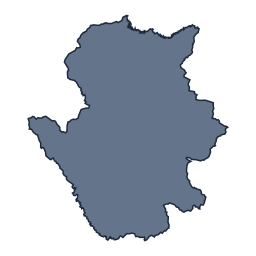 La Convencion, Cusco, Peru
{"feature_id": "86281439B48996208982152", "entity_name": "La Convencion", "entity_type": "district", "adm_level": 2, "iso_a3": "PER", "parent_name": "Peru", "parent_adm1": "Cusco", "projection": "mercator", "projection_center": [-72.836, -12.335], "detail": "fine", "context": "isolated", "style": "filled", "palette": "slate", "viewbox_px": 256, "rotation_deg": 0, "n_neighbors": 0, "source": "geoboundaries", "source_scale": "gbopen_adm2", "svg_char_len": 5743}
<svg xmlns="http://www.w3.org/2000/svg" viewBox="0 0 256 256"><path d="M146.7,239.8L149.3,236.4L151.7,235.3L154.4,237.0L155.2,235.5L158.5,234.5L160.7,232.3L162.2,233.2L164.2,230.9L165.7,231.0L167.7,228.5L168.8,228.1L169.1,225.2L168.0,222.1L168.3,216.6L167.1,215.9L166.4,213.7L166.9,212.2L165.6,211.9L165.6,209.2L163.5,205.3L166.5,203.9L168.2,204.1L169.5,202.9L174.8,204.8L176.4,207.0L178.4,207.4L179.6,209.8L181.4,210.3L182.2,211.5L184.0,212.1L186.5,210.7L188.9,210.4L190.3,211.1L190.9,210.8L192.9,208.2L192.5,206.4L194.1,205.2L194.9,205.4L195.3,206.9L197.7,207.0L198.3,208.5L199.8,209.0L199.7,207.3L200.6,204.6L203.2,205.1L204.7,201.8L204.3,200.8L205.1,200.1L205.8,197.0L204.7,196.3L204.6,195.2L201.5,194.1L201.1,191.3L200.2,189.9L196.2,188.8L195.9,188.2L195.0,188.4L194.3,187.5L193.5,188.0L191.8,186.9L189.3,182.4L189.7,181.0L187.6,179.0L186.9,176.9L187.6,173.3L186.7,172.6L186.5,171.2L186.8,166.3L187.8,163.1L190.9,161.3L187.8,159.8L186.2,158.2L186.6,157.5L189.5,157.7L191.6,159.4L196.1,159.7L200.4,160.9L202.5,160.0L204.2,160.1L204.9,159.2L207.6,157.8L209.1,156.2L210.5,152.2L210.2,149.2L213.5,146.0L214.6,146.2L215.5,145.6L214.7,144.2L216.1,141.3L216.5,138.1L217.5,137.7L217.8,136.6L220.7,135.8L221.5,134.7L224.7,134.2L226.0,132.0L225.3,130.2L225.6,129.0L226.2,128.1L227.7,127.4L226.9,126.5L224.6,126.1L219.6,123.0L219.2,120.9L218.2,119.7L216.9,120.0L215.0,118.6L213.9,118.9L213.0,118.0L212.1,118.1L213.4,113.7L212.6,111.2L213.8,108.5L213.3,106.9L213.2,102.7L205.4,100.2L199.8,100.4L196.1,99.6L196.0,96.5L197.0,94.8L194.8,93.8L194.4,91.7L189.0,90.7L189.4,87.9L189.3,86.6L188.4,85.7L188.4,83.3L189.9,79.8L184.1,76.9L184.1,74.8L185.7,73.6L186.1,72.6L185.0,71.6L184.7,70.3L180.8,67.5L180.4,64.7L182.2,63.4L182.7,61.6L184.4,60.2L184.2,59.2L185.3,58.8L186.1,57.2L187.6,57.6L188.3,55.9L190.2,55.0L192.2,52.9L192.4,51.4L191.7,50.3L192.7,47.2L192.5,45.4L193.2,44.5L192.6,43.8L194.0,42.4L194.2,40.8L193.7,37.4L195.9,34.1L198.1,32.6L199.0,28.7L198.1,28.6L198.0,27.5L197.2,27.1L196.8,27.8L195.0,28.1L194.6,25.8L193.6,25.8L192.3,24.8L191.5,26.3L190.7,26.6L190.8,25.8L189.3,25.8L189.2,26.5L188.2,26.4L187.0,27.5L185.1,27.5L184.5,28.9L183.9,28.3L183.6,29.1L183.3,28.4L182.9,29.8L182.1,29.3L180.9,29.6L180.7,31.0L179.7,30.7L179.1,31.6L178.3,31.3L178.4,32.7L177.6,32.5L176.9,33.2L176.4,32.6L175.9,33.4L175.3,32.9L174.6,33.5L175.2,33.9L174.1,34.5L173.5,33.6L173.0,34.1L173.6,34.4L173.3,35.0L172.8,34.8L172.4,35.3L172.7,36.2L172.2,36.6L171.7,35.9L171.8,37.2L171.1,37.2L170.9,38.0L170.1,38.0L170.1,36.6L169.9,37.6L168.6,37.8L168.8,39.0L168.2,37.3L165.4,38.0L165.5,37.2L164.2,38.2L163.9,37.8L164.5,37.3L163.5,36.0L162.8,38.1L162.9,37.0L161.2,36.7L161.9,35.9L161.3,35.4L160.5,35.7L160.3,34.6L159.1,35.4L158.7,34.0L157.3,33.6L157.2,32.7L154.6,33.7L153.9,32.2L152.9,32.0L152.4,30.0L153.1,29.3L152.6,28.9L152.0,29.2L152.1,30.3L151.5,29.2L150.1,28.9L147.6,31.3L145.6,31.7L144.5,32.6L145.0,31.0L144.3,30.6L144.0,32.7L143.5,31.8L142.7,32.1L142.4,31.6L141.7,32.1L141.8,33.1L139.8,32.8L140.7,31.6L139.7,31.5L139.7,30.5L138.8,30.7L138.2,29.7L136.5,30.6L136.5,29.7L135.5,29.8L135.1,28.4L134.7,29.9L132.3,28.5L131.6,28.9L132.2,29.7L131.0,29.2L130.9,28.5L132.2,27.5L131.8,26.9L129.8,28.1L129.4,27.2L128.2,27.6L127.8,27.1L129.2,26.6L128.4,25.5L129.9,25.1L130.2,26.4L131.0,24.9L128.8,24.6L129.0,23.5L130.7,23.2L129.8,21.7L128.7,21.4L128.7,20.5L127.5,20.7L126.8,16.6L127.7,15.9L126.7,15.4L122.9,17.3L121.9,20.5L118.0,22.6L116.4,21.5L111.5,23.5L107.9,23.5L106.1,22.7L105.4,23.4L104.2,23.1L103.5,24.0L101.2,24.1L99.3,25.4L93.4,24.9L90.5,25.5L89.9,27.4L87.3,29.2L86.5,31.2L85.0,31.7L84.4,32.7L83.3,32.5L81.0,35.1L79.6,38.3L78.6,38.5L77.7,40.0L77.4,41.3L79.9,44.7L80.3,47.4L77.7,48.0L76.7,47.6L75.2,50.4L68.9,53.9L65.2,59.4L64.4,62.1L68.3,68.4L68.5,70.4L67.6,71.1L67.4,73.0L67.8,77.8L70.0,79.4L74.3,80.4L76.3,82.0L79.1,87.1L81.1,88.3L80.8,90.3L82.2,92.4L81.5,93.0L81.7,93.9L82.7,94.5L83.1,95.7L84.7,94.7L85.4,96.3L85.3,98.8L84.4,100.6L86.1,101.8L85.1,103.3L86.8,104.5L89.6,105.5L88.6,108.0L85.5,108.2L81.1,109.6L78.4,116.2L78.4,117.9L75.6,119.5L73.3,119.2L70.7,120.3L69.6,121.7L68.1,121.9L67.1,125.6L67.0,130.9L65.8,132.8L62.8,131.7L62.0,132.2L59.9,130.2L59.7,127.1L56.9,124.2L55.5,121.3L53.8,120.6L52.1,120.9L45.9,116.3L42.9,117.0L41.8,118.2L37.8,117.8L36.1,119.1L33.9,116.7L32.5,116.5L31.4,117.7L28.3,118.5L28.3,119.5L29.3,121.8L28.9,124.8L29.7,127.9L29.3,129.1L31.5,129.3L33.4,132.2L36.2,134.6L37.6,134.9L38.9,139.7L40.7,143.2L40.7,147.6L41.7,148.3L42.7,147.4L43.6,147.7L45.5,152.0L46.0,155.9L50.2,159.5L51.5,159.5L52.3,158.3L53.3,158.1L54.6,161.0L56.0,161.6L56.5,163.2L57.5,163.2L60.1,166.8L59.7,167.9L63.1,170.9L63.0,173.2L64.1,175.3L66.6,176.9L66.4,178.8L67.4,180.4L73.1,184.5L73.2,185.3L72.1,186.5L72.5,187.7L73.4,188.5L75.0,187.6L75.8,187.9L75.3,189.2L74.4,189.7L74.6,191.7L72.5,193.1L73.3,193.7L73.4,195.0L74.9,195.7L76.6,194.5L77.7,194.7L77.5,198.0L76.1,199.3L76.4,201.3L77.0,201.2L77.5,200.2L78.8,201.3L79.1,202.6L80.4,202.6L79.8,204.0L80.9,205.1L79.8,206.7L81.4,207.5L81.8,208.7L82.8,207.7L83.8,209.2L84.3,212.1L85.0,212.9L84.7,213.7L83.7,214.2L84.3,215.9L85.2,215.7L86.9,217.2L86.9,218.6L88.1,219.3L88.7,221.7L89.9,221.8L90.5,222.6L89.8,223.8L91.0,224.0L90.3,225.0L91.0,226.0L92.1,225.7L93.9,227.4L93.8,228.6L94.6,229.1L94.7,230.0L96.0,230.3L96.3,232.1L98.9,233.3L99.1,234.4L99.8,234.0L99.9,235.1L101.3,236.0L103.6,236.8L104.3,236.0L106.1,236.5L105.7,237.4L106.4,238.1L106.2,239.0L107.8,240.1L108.9,238.6L109.8,238.4L109.6,237.3L110.3,236.8L112.0,238.9L113.6,238.3L114.2,239.7L114.9,239.8L118.5,238.7L120.1,236.0L121.3,236.2L122.9,237.5L126.7,233.7L129.1,233.8L131.8,233.1L134.7,233.8L135.8,236.6L137.6,236.4L140.3,237.6L141.1,237.0L142.4,237.5L144.3,237.1L144.7,238.3L144.2,239.8L144.9,240.6L146.7,239.8Z" fill="#64748b" stroke="#1e293b" stroke-width="1.5"/></svg>